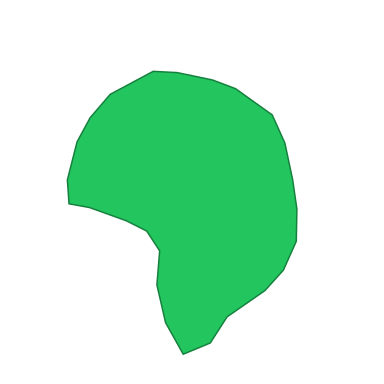 Mingachevir City, Mingəçevir, Azerbaijan, rotated 230°
{"feature_id": "54616110B16521863868797", "entity_name": "Mingachevir City", "entity_type": "district", "adm_level": 2, "iso_a3": "AZE", "parent_name": "Azerbaijan", "parent_adm1": "Mingəçevir", "projection": "natural_earth1", "projection_center": [47.024, 40.77], "detail": "fine", "context": "isolated", "style": "filled", "palette": "green", "viewbox_px": 384, "rotation_deg": 230, "n_neighbors": 0, "source": "geoboundaries", "source_scale": "gbopen_adm2", "svg_char_len": 520}
<svg xmlns="http://www.w3.org/2000/svg" viewBox="0 0 384 384"><g transform="rotate(230 192 192)"><path d="M276.7,100.9L262.0,90.2L246.1,103.4L212.5,123.0L191.2,132.2L167.7,129.4L143.4,105.4L109.0,87.8L73.4,81.0L71.8,86.0L64.6,109.0L73.8,138.6L69.6,184.6L73.4,211.8L87.2,240.2L111.5,261.4L136.7,277.0L169.8,294.6L199.5,303.0L220.8,297.5L243.1,291.8L264.5,279.8L293.0,257.4L309.4,239.8L319.4,192.2L314.4,161.8L304.3,136.2L284.9,109.2L281.3,104.2L276.7,100.9Z" fill="#22c55e" stroke="#15803d" stroke-width="1.5"/></g></svg>